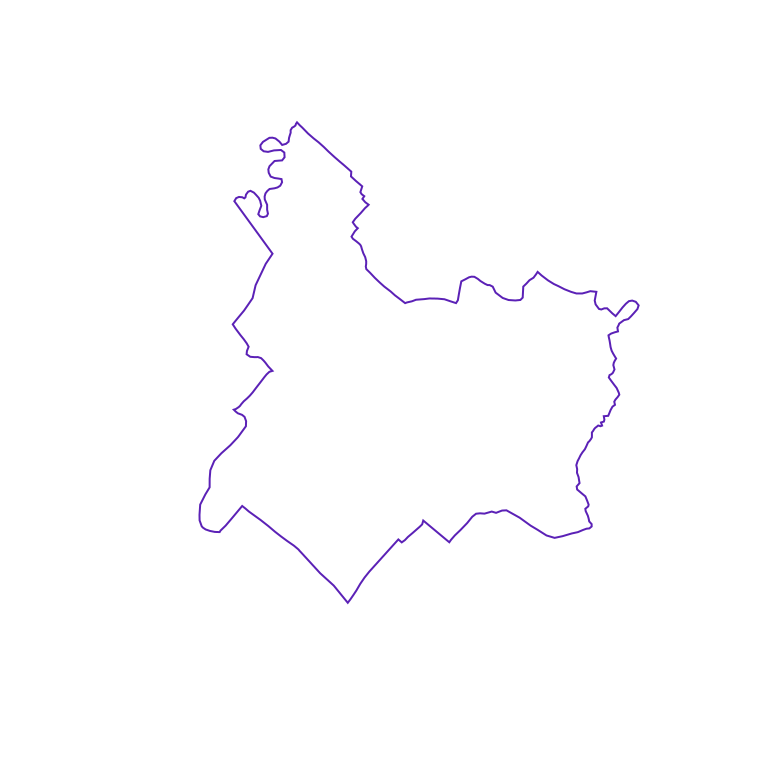 Pur SenChey, Phnom Penh, Cambodia (Robinson projection), rotated 131°
{"feature_id": "14789045B97702071431855", "entity_name": "Pur SenChey", "entity_type": "district", "adm_level": 2, "iso_a3": "KHM", "parent_name": "Cambodia", "parent_adm1": "Phnom Penh", "projection": "robinson", "projection_center": [104.778, 11.53], "detail": "fine", "context": "isolated", "style": "outline", "palette": "violet", "viewbox_px": 768, "rotation_deg": 131, "n_neighbors": 0, "source": "geoboundaries", "source_scale": "gbopen_adm2", "svg_char_len": 4786}
<svg xmlns="http://www.w3.org/2000/svg" viewBox="0 0 768 768"><g transform="rotate(131 384 384)"><path d="M344.2,616.9L358.8,553.6L370.9,552.1L380.5,549.4L393.7,545.7L405.4,539.5L414.0,538.5L420.4,537.8L429.2,537.6L436.0,537.4L438.2,537.3L439.6,532.3L441.3,524.4L442.2,519.3L443.4,514.2L444.7,510.6L449.0,509.1L451.7,507.2L451.2,502.8L448.8,499.5L446.4,496.8L445.1,493.7L445.3,490.4L445.7,487.6L446.7,482.9L447.3,476.8L450.0,478.5L453.8,478.9L457.2,478.8L463.6,478.4L470.8,478.0L476.5,477.6L480.9,477.6L484.7,477.9L489.1,478.5L493.0,478.5L494.9,478.3L496.7,478.5L500.1,479.4L501.9,480.5L502.1,477.9L502.0,475.1L500.4,470.9L500.3,467.7L502.5,463.7L506.5,460.5L519.5,459.4L520.9,459.4L531.1,459.8L543.0,461.3L553.3,461.7L563.0,458.5L569.9,453.4L576.4,447.8L584.5,446.4L595.6,443.6L603.8,437.4L607.9,433.7L611.0,428.2L611.2,426.4L610.8,423.2L609.1,419.0L606.6,414.6L603.6,410.9L601.9,411.2L594.8,410.6L585.1,410.7L569.1,411.0L568.9,406.8L568.9,402.4L568.5,397.9L567.6,388.0L567.1,378.1L567.0,369.2L566.6,361.7L566.0,354.2L565.1,345.9L565.0,340.0L565.3,338.2L565.5,336.1L568.7,308.0L569.1,289.7L572.9,267.8L568.4,268.1L563.1,268.7L557.8,269.4L550.5,270.8L542.8,271.7L535.2,272.0L491.9,271.2L491.9,266.7L488.1,265.8L483.7,265.6L477.2,264.6L468.4,263.4L464.9,263.1L461.3,264.8L460.6,230.9L457.7,231.2L451.8,231.2L444.1,230.5L434.4,230.0L426.3,230.3L421.5,229.4L418.6,226.7L415.9,223.1L409.6,219.0L407.7,214.9L402.1,211.9L399.0,208.7L395.9,193.9L394.7,180.4L393.3,172.6L391.7,162.0L388.2,154.3L381.7,149.4L373.7,144.3L368.6,140.5L363.5,138.0L360.3,136.2L358.3,134.3L355.3,133.8L353.5,135.4L353.1,138.9L351.2,141.4L349.7,143.7L347.6,148.4L346.1,150.2L342.4,149.6L340.8,150.4L338.8,154.1L336.7,158.3L336.8,162.0L336.9,169.0L334.9,171.4L330.5,171.4L328.7,173.6L326.6,176.1L324.4,180.1L321.5,182.4L319.1,185.6L315.2,187.3L312.2,188.0L308.9,188.9L305.4,189.4L301.4,189.6L298.1,190.5L294.2,191.7L292.6,191.5L289.8,191.7L287.9,192.1L286.1,193.6L284.2,195.3L282.3,195.4L280.1,195.8L278.5,195.8L276.6,195.4L274.8,195.1L273.8,192.9L272.3,192.1L270.7,195.0L268.1,193.4L266.3,194.3L264.1,197.0L263.0,195.9L260.9,193.9L258.5,194.7L255.0,195.9L251.2,196.7L248.2,196.0L246.3,198.6L243.9,199.1L240.6,199.1L237.7,199.4L236.6,201.0L234.4,205.8L233.7,209.3L232.5,214.8L231.6,218.6L229.3,219.6L227.3,218.8L225.4,218.6L221.8,219.6L219.3,223.3L217.2,224.5L215.0,225.1L212.5,225.5L211.8,227.8L210.7,231.1L209.5,234.1L207.5,237.2L205.7,239.3L204.6,240.6L203.2,242.3L201.3,244.9L200.0,246.5L197.0,245.7L193.8,243.9L190.8,241.9L188.3,244.9L185.8,245.5L184.1,246.1L178.4,244.8L174.8,242.3L171.0,242.0L166.7,241.9L161.2,241.9L157.6,243.4L156.8,247.9L158.2,251.4L160.8,253.5L164.7,254.1L169.7,254.2L175.5,253.9L180.8,253.7L180.9,258.0L180.5,265.3L182.4,267.4L185.2,268.9L186.3,271.0L185.1,276.5L182.8,279.7L175.1,284.2L178.6,289.2L182.0,291.3L185.5,293.7L189.4,298.1L191.7,303.2L194.1,310.0L195.7,316.5L197.1,321.4L198.2,328.2L198.7,336.2L198.6,341.6L201.5,341.2L205.7,340.9L210.2,342.3L214.8,342.4L219.1,342.8L224.1,338.9L227.8,336.0L231.1,336.2L234.8,339.7L238.9,345.1L241.2,350.9L241.8,359.7L239.2,365.8L240.0,369.1L241.4,370.8L242.2,373.7L243.0,378.7L243.1,382.1L243.8,386.1L245.5,388.3L247.6,389.8L251.6,391.3L255.8,393.0L261.6,389.7L267.1,386.4L272.3,383.2L275.7,382.7L277.9,387.9L280.4,394.0L284.5,399.7L289.7,405.9L293.5,409.3L299.4,415.1L303.3,417.2L307.4,420.2L309.1,421.1L309.5,428.2L309.9,433.9L309.8,439.7L310.3,447.7L310.2,454.0L309.9,460.6L309.2,467.4L308.9,472.7L307.3,474.8L305.1,476.2L303.0,478.0L300.6,481.4L298.9,485.4L296.8,489.0L295.1,491.6L294.5,493.3L294.4,495.2L294.5,498.5L294.8,502.8L294.1,505.2L287.9,506.2L283.6,506.0L283.7,508.3L282.9,512.0L282.4,513.7L278.1,514.1L270.3,513.7L263.6,513.7L260.5,513.3L258.8,513.2L259.1,517.4L258.5,521.7L255.2,522.1L255.4,525.4L254.7,527.7L249.1,530.1L249.2,538.2L249.0,545.1L245.2,548.0L245.1,557.3L245.2,563.2L245.2,570.4L245.0,578.4L244.6,585.0L244.5,591.9L244.8,598.1L244.8,605.7L244.1,613.9L244.0,617.2L243.6,621.3L245.5,621.1L247.0,620.4L249.0,620.8L250.8,621.5L253.7,621.0L255.6,619.3L258.2,618.2L260.6,617.1L263.7,615.0L267.0,615.5L270.4,617.7L269.7,622.0L269.9,627.0L271.3,629.8L273.4,632.0L280.7,634.2L285.0,633.9L287.4,631.3L287.3,627.5L284.9,623.8L279.9,620.3L275.0,615.3L274.7,611.1L278.1,607.8L282.1,607.6L284.4,609.9L287.5,612.9L294.7,613.3L297.9,612.1L300.2,609.6L301.8,605.6L300.4,601.8L298.3,598.6L296.6,595.8L298.6,593.3L302.4,592.4L305.5,593.3L308.1,595.0L311.9,598.3L314.9,598.7L317.9,598.5L320.8,597.1L322.9,595.1L325.4,589.8L329.2,586.5L331.6,583.3L334.2,582.6L337.3,584.6L338.8,587.5L338.3,590.3L334.2,592.0L330.0,593.5L327.0,597.6L325.7,600.7L325.2,604.6L324.9,607.7L325.8,611.5L328.0,612.7L331.6,612.4L334.1,611.0L335.6,611.3L336.0,613.4L338.0,616.2L340.7,617.5L344.2,616.9Z" fill="none" stroke="#5b21b6" stroke-width="2"/></g></svg>